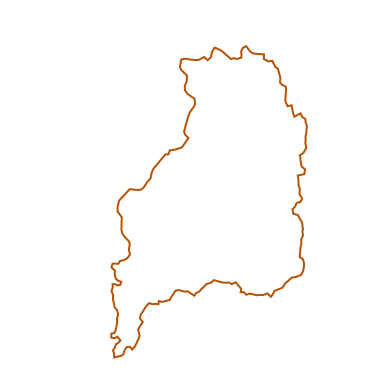 Catarina, Ceará, Brazil (Robinson projection), rotated 339°
{"feature_id": "56859067B12131034549764", "entity_name": "Catarina", "entity_type": "district", "adm_level": 2, "iso_a3": "BRA", "parent_name": "Brazil", "parent_adm1": "Ceará", "projection": "robinson", "projection_center": [-39.929, -6.241], "detail": "fine", "context": "isolated", "style": "outline", "palette": "amber", "viewbox_px": 384, "rotation_deg": 339, "n_neighbors": 0, "source": "geoboundaries", "source_scale": "gbopen_adm2", "svg_char_len": 2980}
<svg xmlns="http://www.w3.org/2000/svg" viewBox="0 0 384 384"><g transform="rotate(339 192 192)"><path d="M229.5,64.4L225.6,70.8L225.5,73.9L229.1,81.5L226.7,86.7L223.3,90.4L221.8,94.5L223.1,99.1L227.8,105.7L226.6,110.7L224.5,112.9L219.4,116.2L216.9,118.5L214.9,121.0L208.2,130.0L206.2,133.0L206.2,136.2L208.1,140.3L198.5,146.8L192.4,146.5L186.3,145.2L183.4,148.4L180.8,147.3L164.4,156.4L161.5,159.2L158.2,164.4L153.7,166.7L148.5,170.5L144.9,171.6L140.3,169.9L134.9,167.0L127.2,170.8L121.0,173.8L117.5,178.7L115.5,183.5L117.4,190.3L112.6,201.9L112.1,205.5L113.2,210.1L115.5,215.5L115.2,218.5L112.4,223.1L111.7,228.2L107.5,230.8L103.4,231.1L100.1,230.6L97.6,232.6L95.0,231.5L92.1,230.5L89.8,233.4L91.8,237.8L90.1,241.8L89.8,246.0L91.7,249.0L93.9,250.4L91.8,253.0L89.0,252.6L87.1,250.4L84.8,249.6L83.9,252.5L81.3,255.7L81.4,260.0L79.6,264.2L79.2,268.3L78.4,272.0L79.6,274.9L79.5,277.9L78.7,280.7L76.8,282.7L75.6,286.5L73.3,290.5L71.0,293.9L68.8,295.8L66.0,295.3L64.4,298.9L67.2,300.8L70.5,300.4L72.0,305.0L69.6,306.2L66.5,306.9L64.3,309.5L61.5,311.5L61.3,315.3L60.0,318.5L63.0,318.9L66.6,319.6L69.7,319.0L72.0,315.8L75.5,313.4L78.5,314.2L79.8,317.7L83.8,315.3L86.1,313.2L88.9,310.5L91.5,307.5L92.2,304.0L92.4,301.1L99.4,295.7L98.1,291.4L99.9,288.4L103.0,286.2L107.7,282.6L112.1,280.4L115.1,282.7L118.0,283.4L120.4,284.8L122.0,282.0L124.9,284.0L128.2,284.3L132.6,284.8L135.0,282.6L138.6,280.2L140.9,278.3L143.8,278.5L146.5,280.2L149.7,282.6L152.5,283.1L154.7,286.5L157.0,289.7L159.4,287.9L163.4,287.5L167.1,285.4L170.3,284.3L172.6,283.1L175.4,283.4L178.0,283.4L180.8,282.1L183.4,284.0L187.7,287.2L191.4,289.0L194.0,289.7L196.1,292.3L200.4,291.9L203.2,300.1L201.5,303.0L204.7,304.2L205.8,307.4L209.4,307.5L211.9,309.1L215.2,311.5L218.8,312.5L221.7,313.7L226.1,313.7L228.1,318.1L231.0,316.3L233.6,313.8L237.9,313.8L242.1,313.8L246.3,310.7L250.4,309.3L254.2,307.7L259.0,308.6L264.1,308.5L267.3,305.7L269.0,303.2L271.1,298.6L271.4,294.2L269.2,291.4L271.6,286.5L273.4,282.6L275.6,279.4L276.9,275.5L280.1,272.4L280.8,268.7L282.3,266.3L283.9,259.4L283.1,255.8L282.6,251.5L278.7,248.6L279.7,244.1L283.3,242.4L285.8,239.6L289.4,240.2L292.5,237.8L291.6,232.5L293.9,227.5L293.8,223.8L295.7,219.2L296.6,214.6L299.9,215.0L303.2,215.6L305.6,211.4L303.5,207.4L304.4,202.4L305.3,199.7L305.6,196.4L310.0,195.5L314.6,191.7L315.3,187.1L316.9,183.7L317.9,180.7L319.6,178.4L321.0,175.4L323.0,171.5L323.0,167.9L324.0,164.5L321.8,161.6L321.5,157.5L314.6,158.4L314.6,154.5L316.1,146.8L312.0,146.2L311.7,140.6L312.9,137.8L314.9,133.5L316.7,130.2L317.2,126.9L314.6,124.5L313.4,121.2L315.4,117.3L316.0,111.5L316.4,107.7L314.6,105.2L314.3,101.9L314.0,98.4L310.2,97.5L306.7,93.6L308.5,89.2L302.2,86.4L298.5,84.4L296.8,81.8L295.6,78.2L294.8,75.2L291.2,75.7L288.2,78.4L287.5,81.4L286.1,84.2L282.0,84.0L278.8,82.0L276.0,81.8L271.4,73.0L269.6,69.9L264.9,65.3L261.2,68.2L257.6,73.2L253.8,74.5L251.8,70.4L245.3,71.0L242.4,70.0L237.8,67.7L233.9,65.3L229.5,64.4Z" fill="none" stroke="#b45309" stroke-width="2"/></g></svg>